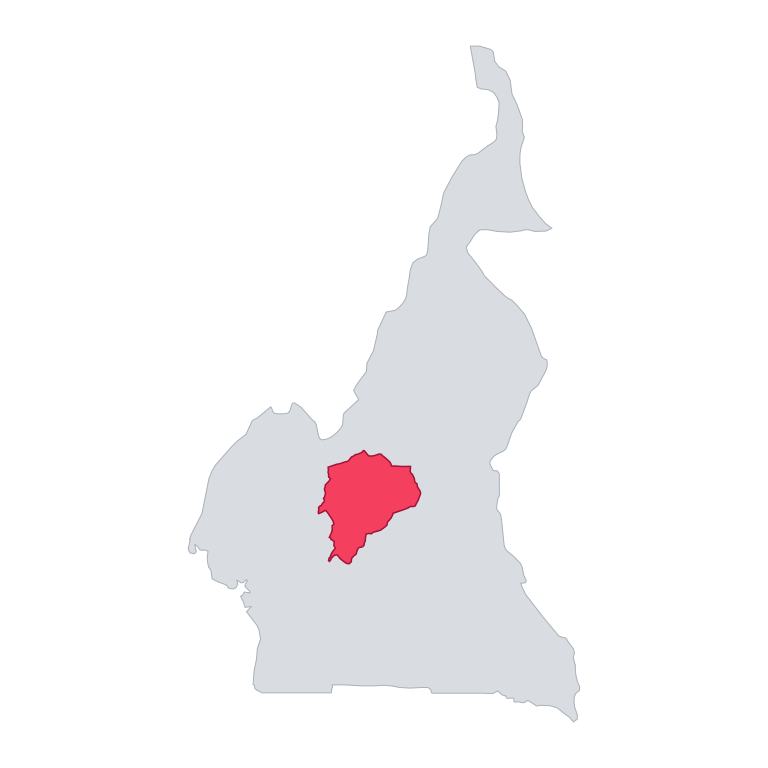 Mbam-et-Kim, Centre, Cameroon (highlighted)
{"feature_id": "32672807B95944109326060", "entity_name": "Mbam-et-Kim", "entity_type": "district", "adm_level": 2, "iso_a3": "CMR", "parent_name": "Cameroon", "parent_adm1": "Centre", "projection": "natural_earth1", "projection_center": [11.781, 5.302], "detail": "fine", "context": "in_parent", "style": "filled", "palette": "rose", "viewbox_px": 768, "rotation_deg": 0, "n_neighbors": 0, "source": "geoboundaries", "source_scale": "gbopen_adm2", "svg_char_len": 5782}
<svg xmlns="http://www.w3.org/2000/svg" viewBox="0 0 768 768"><path d="M189.5,539.6L191.0,535.0L202.0,513.4L208.9,478.8L212.1,470.7L215.3,465.3L231.4,446.9L237.4,441.0L246.0,434.3L252.2,420.8L254.3,419.4L257.0,418.2L270.8,406.8L272.0,409.0L272.9,411.7L273.9,413.0L278.4,413.9L284.5,413.8L288.1,413.0L289.9,410.7L291.9,404.3L293.0,403.1L294.4,402.8L301.1,407.3L312.2,419.8L314.9,422.0L316.2,424.5L318.6,435.9L319.9,438.7L322.3,439.9L326.6,439.1L331.1,437.1L335.0,434.2L338.9,430.4L341.5,427.0L342.7,424.5L343.3,415.2L344.1,413.1L358.5,399.7L358.2,398.4L355.8,394.6L353.7,390.4L355.8,386.1L358.0,382.8L366.4,371.6L366.9,363.4L373.5,350.7L377.4,333.8L377.5,330.6L386.2,312.0L395.3,310.3L398.8,307.7L402.9,303.1L405.5,298.8L406.7,294.7L407.6,286.9L409.2,277.9L410.2,270.0L413.0,262.7L417.5,259.1L425.5,256.0L426.7,254.6L427.8,249.8L428.9,233.7L430.3,226.6L437.6,218.6L440.9,206.0L443.7,192.8L452.1,176.9L461.9,161.1L466.4,156.8L470.2,154.9L474.6,154.7L477.6,153.5L488.1,145.6L492.6,142.9L495.8,140.2L496.6,137.8L496.9,134.3L495.9,126.2L497.6,120.2L498.7,110.9L499.1,103.6L498.7,101.1L496.7,96.9L493.6,92.4L488.3,89.7L481.1,88.9L477.2,87.3L475.8,79.0L475.3,73.7L470.3,46.1L479.5,46.1L490.6,49.4L493.3,51.9L494.8,61.4L498.8,66.8L505.8,71.2L510.2,80.3L512.0,94.1L515.9,102.3L516.7,103.7L522.3,119.3L522.6,126.4L522.1,131.3L524.4,137.3L521.0,147.5L520.0,153.8L519.8,162.7L521.8,178.2L525.1,190.3L528.6,200.0L532.4,207.5L538.8,215.9L545.5,223.5L551.8,228.3L546.0,231.1L534.7,231.4L528.3,229.8L525.2,229.7L522.1,230.7L510.1,232.2L497.9,231.5L486.7,229.6L479.9,229.9L474.6,234.5L470.3,241.5L466.3,247.0L467.8,253.1L470.8,256.5L476.6,263.9L481.8,271.1L484.5,275.9L494.9,286.5L505.0,296.0L509.7,299.3L511.5,299.9L517.0,305.4L524.6,314.3L531.5,328.2L541.3,356.1L543.5,358.4L546.8,359.9L547.2,362.8L547.0,367.2L545.9,370.7L538.1,385.3L531.3,390.9L529.4,394.3L526.8,402.8L520.6,419.3L518.0,421.6L511.8,432.9L506.8,447.1L505.6,449.2L503.5,451.0L496.4,454.5L494.0,456.2L490.3,460.7L489.8,463.5L491.5,467.5L493.5,470.7L497.3,470.8L499.3,473.8L499.4,495.7L497.7,499.0L497.7,500.5L496.9,504.3L496.6,508.5L497.2,510.1L498.6,511.5L500.6,514.4L501.7,521.2L504.1,544.9L505.3,548.6L507.3,551.2L513.6,556.3L520.2,563.1L522.3,567.4L523.5,574.6L526.1,580.2L526.0,582.1L525.0,582.8L520.9,583.3L522.2,587.4L525.7,594.5L542.6,616.5L558.8,636.0L562.6,637.4L565.4,637.8L566.6,639.0L568.1,641.8L573.5,648.9L574.5,653.0L573.3,657.0L574.6,663.1L575.5,665.3L575.2,667.3L575.8,674.7L577.3,681.2L579.7,686.8L579.4,690.6L576.3,692.8L574.4,696.4L573.9,701.5L574.8,707.6L577.3,714.8L577.3,719.1L573.4,721.9L569.1,717.0L564.3,713.6L557.1,707.8L549.9,705.7L540.5,705.3L536.5,706.0L529.6,701.3L527.4,700.6L524.3,702.6L522.1,702.7L519.5,701.9L514.2,702.0L513.7,698.6L512.8,698.0L507.0,698.3L505.3,695.5L504.5,695.8L502.2,694.9L497.6,691.0L492.8,693.6L482.7,693.2L431.8,693.2L430.6,689.5L428.1,687.6L423.5,687.4L410.0,688.1L399.7,687.5L392.7,686.1L384.1,685.2L373.5,685.9L362.5,685.9L343.0,684.8L332.3,685.0L332.5,687.3L331.8,688.9L331.3,692.8L262.2,692.8L256.6,690.1L254.9,688.4L254.4,685.1L253.1,684.7L254.1,670.8L256.5,659.2L257.4,648.5L260.6,638.8L258.9,629.3L256.9,625.2L246.5,611.7L251.3,606.6L245.0,607.3L243.6,602.3L240.6,596.3L242.5,595.3L244.3,592.0L250.0,593.0L249.8,591.4L244.9,586.3L245.4,583.8L247.4,580.9L246.4,579.7L242.9,582.7L240.3,582.6L238.3,580.7L236.9,580.4L237.8,584.2L235.8,587.7L233.9,588.9L230.7,588.7L228.0,587.8L227.4,585.9L224.9,584.4L218.0,581.9L212.1,578.9L211.0,570.6L208.7,567.1L207.7,563.1L207.2,558.5L208.0,551.5L206.5,550.4L204.8,550.0L202.3,550.3L200.0,549.9L197.2,546.0L194.8,544.5L196.3,551.7L194.6,553.7L190.4,553.1L188.6,550.4L188.3,548.4L190.2,539.7L189.5,539.6Z" fill="#d9dde1" stroke="#a8b0b8" stroke-width="1"/><path d="M364.5,450.9L364.1,450.6L363.9,450.5L362.9,451.0L361.9,452.4L361.0,452.8L357.7,454.2L355.1,454.7L353.8,455.9L351.3,457.1L350.4,458.3L349.9,458.9L348.4,460.9L346.3,461.7L344.7,462.0L340.4,463.5L338.8,463.9L336.5,464.3L332.5,465.7L330.1,466.5L328.1,467.2L328.4,470.0L328.0,472.3L328.5,473.4L328.6,476.4L328.7,477.2L330.5,478.6L328.8,481.4L327.2,482.9L325.1,485.3L325.4,486.7L324.7,487.8L324.4,489.0L325.5,493.5L324.4,497.5L323.8,497.8L323.5,498.7L324.4,499.9L324.3,500.7L324.1,501.9L322.8,502.9L322.0,504.0L321.3,505.6L320.5,505.8L320.1,506.0L319.8,506.1L318.5,507.5L318.8,508.9L318.7,509.4L318.7,509.8L318.7,510.5L318.2,512.1L318.6,513.6L318.8,513.5L320.7,512.8L323.6,511.4L323.9,511.2L324.7,510.5L325.7,510.5L327.5,512.5L327.7,512.8L331.2,518.0L331.4,518.2L333.0,521.0L333.9,524.0L333.4,524.7L333.2,524.9L332.1,525.5L332.3,529.2L331.6,532.1L331.6,532.4L329.3,537.4L330.7,538.2L331.0,539.4L332.5,540.3L334.2,541.5L333.9,545.6L335.4,548.3L333.9,549.9L333.7,550.1L332.3,552.2L332.0,552.6L330.7,555.1L330.5,556.7L329.2,557.8L328.5,560.4L329.3,561.4L330.6,560.2L331.4,558.2L334.2,555.5L336.2,554.8L337.5,555.3L337.7,555.5L340.2,558.7L343.7,561.5L343.9,561.6L346.3,563.3L346.8,563.4L349.0,563.8L351.2,561.9L351.3,561.3L351.7,558.2L353.2,556.6L354.0,555.7L356.1,554.2L357.0,551.1L358.1,548.4L358.6,548.0L359.1,547.6L361.7,547.0L362.8,546.6L364.1,545.1L364.3,543.0L364.6,542.4L365.3,540.9L365.3,540.2L365.5,537.9L366.0,534.1L369.1,533.4L370.9,533.9L371.5,533.6L373.6,532.1L377.1,531.3L380.4,530.2L382.8,528.6L385.8,526.2L386.9,525.2L387.6,521.9L389.4,520.1L391.3,517.7L392.8,514.4L393.0,513.3L402.7,510.0L408.0,508.0L410.4,506.4L412.9,506.6L415.1,506.0L416.4,503.5L418.0,500.6L420.5,494.0L420.5,492.1L419.6,490.3L417.4,486.6L416.9,483.6L415.0,482.5L414.2,478.1L412.2,474.1L411.1,473.5L410.2,471.4L410.4,469.0L410.5,466.4L404.2,466.5L400.2,466.4L395.1,466.0L391.7,466.1L390.6,463.3L389.9,462.1L386.2,458.6L384.0,456.8L382.5,455.7L381.3,454.3L379.2,454.0L376.9,454.8L373.4,455.9L371.2,456.0L368.6,455.9L364.5,450.9Z" fill="#f43f5e" stroke="#9f1239" stroke-width="1.5"/></svg>